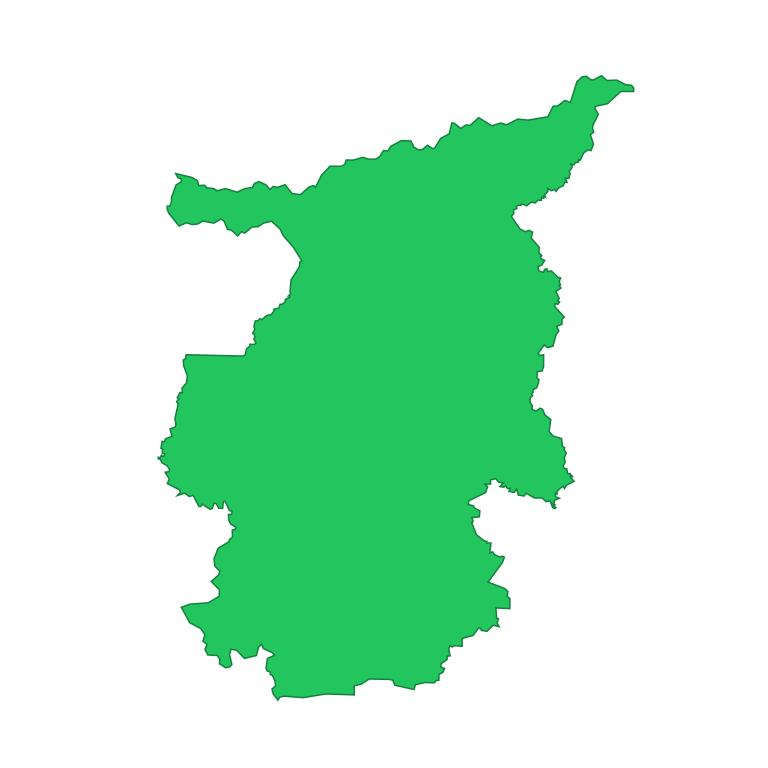 Huai Yot, Trang, Thailand, rotated 274°
{"feature_id": "78962969B54488452023810", "entity_name": "Huai Yot", "entity_type": "district", "adm_level": 2, "iso_a3": "THA", "parent_name": "Thailand", "parent_adm1": "Trang", "projection": "albers", "projection_center": [99.605, 7.79], "detail": "fine", "context": "isolated", "style": "filled", "palette": "green", "viewbox_px": 768, "rotation_deg": 274, "n_neighbors": 0, "source": "geoboundaries", "source_scale": "gbopen_adm2", "svg_char_len": 6125}
<svg xmlns="http://www.w3.org/2000/svg" viewBox="0 0 768 768"><g transform="rotate(274 384 384)"><path d="M89.9,245.8L91.0,249.9L93.7,251.8L103.4,248.7L108.8,249.9L108.2,255.5L100.5,263.9L104.2,275.6L112.7,277.2L115.8,279.9L111.6,282.2L108.0,291.7L105.7,293.8L102.1,286.8L92.1,286.1L89.6,287.5L88.7,290.7L86.2,290.8L85.5,293.0L80.2,295.9L75.4,296.9L71.8,293.5L66.9,295.2L61.2,300.3L64.3,301.8L65.6,306.1L65.5,325.4L70.7,347.4L71.8,376.0L80.8,375.3L83.1,382.5L88.7,389.9L89.7,410.3L89.0,413.5L84.3,415.8L81.3,435.2L86.3,436.4L89.1,446.0L89.4,455.1L91.8,456.7L92.3,459.4L98.2,459.1L100.4,462.9L104.5,464.2L105.5,460.5L109.0,460.5L113.5,466.1L116.9,466.0L117.4,469.0L123.4,467.2L127.5,467.8L126.5,470.6L127.9,472.8L127.8,480.3L135.6,479.6L139.3,490.3L147.0,495.4L146.8,497.6L145.0,498.2L144.5,504.0L151.0,509.8L149.9,515.7L153.4,513.6L157.7,514.6L158.3,512.7L168.4,511.2L168.7,525.2L178.7,524.6L180.6,521.8L185.7,522.0L188.4,518.7L193.6,501.6L214.2,514.6L219.7,516.2L220.5,513.6L219.3,512.1L221.5,506.2L224.2,504.0L222.9,501.4L232.9,501.8L232.4,497.7L234.3,497.6L234.2,495.6L240.0,486.8L251.5,481.3L253.2,482.5L256.9,481.0L258.1,488.4L264.1,488.5L266.8,482.6L268.7,481.8L269.7,476.4L273.7,477.1L282.7,492.8L288.8,494.6L291.0,491.6L291.7,497.4L295.7,496.8L297.4,502.1L293.8,505.6L293.7,510.1L289.8,506.8L289.4,510.3L290.9,512.5L288.3,514.5L288.7,517.1L285.6,516.1L284.9,521.4L288.5,523.5L282.5,525.7L282.1,531.6L284.9,533.4L280.8,542.1L281.3,549.8L277.9,554.0L279.0,557.8L272.4,560.8L271.5,562.8L272.6,564.1L274.1,561.6L275.3,563.1L276.2,560.8L277.6,562.4L279.7,561.9L282.3,566.9L283.6,562.9L287.7,562.5L286.0,563.2L286.4,564.4L288.4,563.9L292.1,566.8L294.4,570.1L292.3,571.3L295.9,573.2L300.1,580.4L303.5,577.1L305.0,578.6L306.0,577.1L305.0,576.4L307.6,575.9L307.4,573.4L312.3,572.2L312.0,570.0L314.7,568.5L318.8,570.2L323.1,569.0L328.0,570.7L330.6,568.3L333.3,568.6L333.9,566.5L341.9,564.9L344.0,556.2L348.0,552.1L360.3,552.8L364.3,546.7L369.8,544.0L370.7,541.4L367.5,537.5L368.9,533.5L372.7,533.4L376.2,530.9L380.5,530.8L382.5,533.1L384.2,531.9L386.2,533.4L388.5,532.7L390.7,536.5L396.0,538.1L399.2,538.2L400.9,536.1L407.0,536.1L408.1,540.9L412.8,542.0L424.3,541.2L423.3,537.4L425.2,535.6L434.1,541.1L431.7,544.5L433.5,549.9L445.1,552.2L449.2,554.7L453.3,552.2L456.2,557.4L461.1,557.0L463.4,559.2L473.2,548.8L476.2,549.4L475.6,551.8L478.0,553.5L479.2,551.3L481.8,552.8L488.2,549.0L492.1,553.9L494.2,551.7L495.1,553.2L498.2,551.6L502.1,552.8L502.6,549.9L508.5,543.0L507.5,539.5L510.4,538.3L509.4,536.2L506.5,535.3L507.5,530.8L511.7,529.4L513.7,533.2L518.6,535.7L519.7,532.2L521.7,531.1L523.0,532.5L525.8,529.4L531.2,529.3L539.9,520.7L545.9,521.6L547.4,518.0L545.8,514.4L548.0,509.0L560.0,499.3L563.2,501.7L566.6,500.9L568.2,504.4L570.1,503.6L571.6,505.2L571.8,507.9L573.4,508.9L571.7,513.9L575.9,518.5L575.1,522.1L578.2,524.7L578.1,528.1L580.9,528.3L580.5,530.4L582.7,530.1L581.8,532.0L583.7,531.1L587.6,534.1L590.5,533.6L588.5,537.6L590.0,540.8L588.1,542.2L592.3,545.1L594.0,548.9L597.7,550.2L597.9,552.6L601.9,550.4L602.1,554.1L607.0,555.0L609.0,553.9L613.0,556.5L615.4,556.3L616.8,554.1L615.8,558.0L618.1,559.6L619.0,562.6L621.2,562.3L621.0,564.2L628.3,567.0L631.9,571.3L631.2,574.2L637.8,576.3L647.1,572.5L649.8,575.7L653.8,574.1L657.4,574.6L668.1,579.1L673.3,575.3L675.7,575.6L679.2,587.4L692.3,599.8L693.2,612.6L696.7,612.5L699.2,610.0L699.5,604.1L703.4,595.0L702.3,585.3L706.8,579.5L701.9,571.7L702.0,568.9L705.1,564.4L704.3,560.2L698.8,555.3L677.8,550.3L679.5,544.7L673.4,537.7L672.9,533.3L662.0,528.8L657.3,509.5L657.6,499.0L651.1,488.2L652.5,482.3L649.1,473.5L656.3,459.9L647.9,451.7L648.2,447.9L644.3,442.6L649.0,436.0L649.2,433.5L638.1,431.6L633.1,423.5L622.6,418.0L622.3,415.8L625.2,410.7L620.6,406.0L619.9,402.2L622.4,397.3L628.3,393.8L628.0,384.3L621.5,374.0L616.7,371.7L616.9,367.3L610.6,363.8L607.8,360.4L607.2,352.6L608.7,347.2L605.2,337.7L604.8,330.6L600.4,329.6L598.3,326.6L597.5,314.9L587.9,307.1L575.6,302.0L577.0,299.8L575.2,295.3L567.1,287.5L567.6,279.0L575.9,271.4L572.7,263.9L573.3,259.7L570.1,256.5L574.4,252.5L577.2,245.3L575.2,240.9L570.9,239.1L569.1,231.3L565.1,224.0L567.9,212.3L565.1,203.8L567.1,200.5L567.3,193.9L569.8,191.1L569.0,185.4L573.8,183.8L576.7,177.7L579.4,161.5L575.4,164.0L574.7,167.4L571.7,167.7L567.9,162.6L555.1,159.0L550.3,159.2L546.5,157.9L546.4,155.4L544.0,155.4L539.7,157.1L527.3,168.5L531.0,175.6L529.7,181.5L530.6,187.0L533.9,191.9L532.6,203.1L537.3,209.9L535.3,213.1L527.3,217.1L526.8,221.1L521.5,227.8L526.0,231.2L524.8,234.5L531.3,241.3L532.2,247.6L536.2,252.8L538.5,260.5L531.4,269.5L524.9,273.2L514.0,284.1L501.2,293.4L499.8,291.5L495.1,291.4L481.3,284.0L469.1,283.8L467.7,284.8L465.1,282.4L465.2,283.8L463.8,283.7L461.4,279.6L459.1,279.8L456.3,276.7L456.4,274.8L452.5,273.8L450.8,268.8L449.7,269.6L445.3,266.5L444.3,262.3L439.7,257.8L440.5,255.7L438.2,253.7L438.0,251.2L432.3,250.2L429.6,251.4L425.4,249.3L424.6,250.9L421.3,252.1L419.9,250.9L416.1,253.4L414.4,251.8L414.3,247.5L412.6,247.8L409.5,244.4L403.6,243.6L402.0,241.1L399.4,184.5L395.3,184.3L393.9,182.1L388.2,182.9L378.6,187.2L371.5,187.0L365.8,182.8L361.1,183.4L361.4,181.3L355.9,178.7L355.0,180.3L351.7,178.3L349.8,180.1L334.7,177.8L329.4,179.3L326.4,178.6L324.3,173.7L316.9,176.1L314.2,169.8L311.0,169.0L311.3,166.6L304.3,166.0L303.9,167.5L299.3,167.7L299.0,170.0L297.3,170.0L296.2,168.3L297.5,167.0L294.6,165.4L295.1,163.8L293.5,164.1L293.5,165.9L289.7,168.3L287.6,173.1L283.7,176.1L281.5,175.5L280.7,171.8L274.4,176.4L269.5,174.8L264.2,187.3L261.8,188.5L258.3,185.7L261.2,192.8L258.2,197.5L259.6,201.4L249.1,207.8L249.0,209.8L251.4,211.2L246.8,219.3L247.9,221.4L253.3,222.9L252.8,225.2L248.6,227.7L248.7,231.7L255.3,231.9L256.0,233.5L246.9,238.8L246.5,241.2L243.3,241.1L243.0,237.9L237.3,238.6L233.4,241.0L231.1,245.9L228.8,245.9L227.7,242.8L220.5,243.5L218.3,240.7L216.0,240.4L208.6,230.1L197.8,226.6L190.4,228.0L185.7,233.3L182.0,232.4L175.0,225.4L167.3,234.1L160.7,234.4L153.4,223.7L150.9,205.9L147.1,197.4L132.2,207.0L127.2,218.3L121.4,222.8L114.7,221.3L111.8,225.7L106.8,223.9L101.4,227.1L101.5,236.7L97.8,239.4L93.4,239.4L89.9,245.8Z" fill="#22c55e" stroke="#15803d" stroke-width="1.5"/></g></svg>